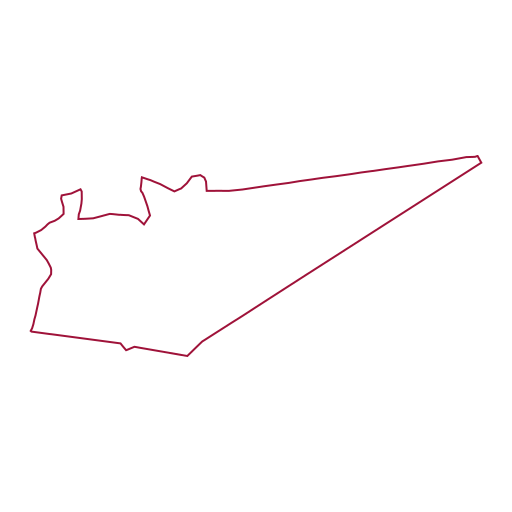 Salkhad, As Suwayda', Syria (Robinson projection)
{"feature_id": "27442178B39967895671995", "entity_name": "Salkhad", "entity_type": "district", "adm_level": 2, "iso_a3": "SYR", "parent_name": "Syria", "parent_adm1": "As Suwayda'", "projection": "robinson", "projection_center": [36.79, 32.496], "detail": "fine", "context": "isolated", "style": "outline", "palette": "rose", "viewbox_px": 512, "rotation_deg": 0, "n_neighbors": 0, "source": "geoboundaries", "source_scale": "gbopen_adm2", "svg_char_len": 2026}
<svg xmlns="http://www.w3.org/2000/svg" viewBox="0 0 512 512"><path d="M477.6,156.0L477.4,156.0L475.1,156.8L473.1,156.9L466.3,157.1L452.1,159.7L438.0,161.4L423.8,163.7L412.6,165.3L410.5,165.6L408.3,165.9L398.8,167.3L385.6,169.1L373.5,170.9L371.6,171.1L361.0,172.5L352.2,173.9L348.8,174.4L335.8,176.2L322.9,177.8L316.0,178.8L312.1,179.4L307.7,180.0L299.6,181.1L288.9,182.9L276.8,184.5L263.8,186.3L253.8,187.8L242.5,189.5L228.6,190.9L219.0,190.8L217.2,190.8L211.6,190.9L206.7,190.9L206.0,181.4L205.8,181.1L204.3,177.6L202.1,176.3L200.3,175.1L197.2,175.7L191.8,176.6L186.8,183.3L181.1,188.5L179.3,189.2L174.4,191.4L167.9,188.2L160.2,184.1L154.1,181.7L150.4,180.1L147.8,179.3L141.9,177.3L141.7,178.5L141.4,182.3L140.9,186.7L140.5,188.8L140.5,189.1L141.1,191.3L142.4,192.8L144.1,196.7L147.4,206.2L148.6,210.7L150.0,215.5L149.9,215.7L148.9,217.2L148.5,217.7L148.4,217.9L144.0,224.4L138.0,218.9L128.8,215.2L125.6,215.1L121.6,214.9L120.8,214.8L119.1,214.8L117.3,214.6L112.7,214.1L109.8,213.9L106.7,214.7L105.7,215.0L103.7,215.5L101.6,216.1L101.2,216.2L93.2,218.3L85.0,218.8L78.4,219.0L78.8,214.3L80.1,210.7L81.4,203.6L81.8,199.2L81.7,191.5L80.5,189.3L71.3,193.5L61.7,195.4L61.1,198.7L62.0,201.9L63.5,206.8L63.6,213.9L62.0,215.4L58.7,218.4L54.7,220.8L49.6,222.7L47.5,224.4L45.4,226.6L41.1,230.1L36.0,232.7L34.2,233.3L34.5,235.0L34.9,237.2L35.1,237.8L35.4,239.3L35.5,239.9L35.6,240.5L36.7,245.3L37.4,248.6L46.8,260.1L48.9,263.9L50.8,267.7L50.9,268.3L51.2,269.9L51.1,274.2L48.3,278.8L42.2,286.4L40.9,288.8L40.2,292.8L39.4,296.4L38.0,304.0L37.4,306.6L35.5,315.5L34.4,319.3L33.4,324.1L32.1,328.3L30.7,330.9L31.5,331.6L50.1,334.1L50.3,334.1L50.5,334.1L54.3,334.6L76.9,337.6L97.2,340.3L120.5,343.4L122.9,346.4L126.1,350.2L126.7,350.0L128.2,349.4L134.4,346.8L135.7,347.0L140.6,347.9L150.5,349.6L187.3,356.0L196.1,347.4L202.2,341.5L203.6,340.6L204.0,340.4L204.3,340.2L211.8,335.4L230.9,323.2L234.4,321.0L242.5,315.9L253.9,308.5L268.3,299.2L307.6,273.9L307.8,273.8L481.3,162.7L477.6,156.0Z" fill="none" stroke="#9f1239" stroke-width="2"/></svg>